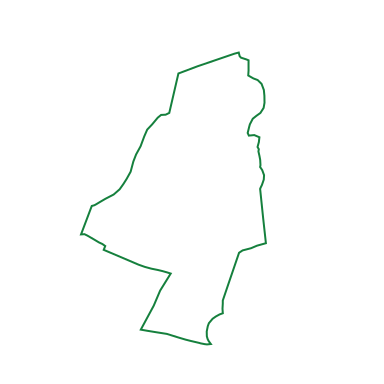 the district of Saensokh, Phnom Penh, Cambodia, rotated 22°
{"feature_id": "14789045B60283384180487", "entity_name": "Saensokh", "entity_type": "district", "adm_level": 2, "iso_a3": "KHM", "parent_name": "Cambodia", "parent_adm1": "Phnom Penh", "projection": "natural_earth1", "projection_center": [104.865, 11.597], "detail": "fine", "context": "isolated", "style": "outline", "palette": "green", "viewbox_px": 384, "rotation_deg": 22, "n_neighbors": 0, "source": "geoboundaries", "source_scale": "gbopen_adm2", "svg_char_len": 1525}
<svg xmlns="http://www.w3.org/2000/svg" viewBox="0 0 384 384"><g transform="rotate(22 192 192)"><path d="M279.7,211.8L267.5,189.1L254.0,163.6L254.0,162.1L254.2,159.3L253.9,153.6L252.5,149.4L248.9,145.4L245.8,143.3L245.4,141.4L243.2,136.7L241.1,133.4L238.4,129.5L237.9,127.3L235.9,125.7L235.3,120.7L234.0,116.0L228.4,115.9L223.6,118.4L221.5,116.4L220.9,112.2L220.6,110.1L220.3,107.6L220.9,101.3L223.2,97.2L225.8,93.1L226.9,87.2L225.8,82.1L223.1,75.7L220.4,70.5L216.0,65.7L210.9,63.6L206.4,63.7L200.5,62.9L198.9,58.1L197.1,53.7L195.1,48.7L192.7,48.7L187.1,49.1L185.3,48.2L183.1,45.2L179.6,47.8L150.0,73.4L135.0,87.2L141.3,127.2L138.6,130.2L134.5,132.1L132.4,135.9L129.7,144.3L127.1,150.9L126.9,158.3L127.2,168.9L126.1,178.1L126.2,185.7L127.5,196.2L126.5,204.3L125.4,210.3L123.9,216.6L120.3,223.7L114.3,230.7L110.9,235.1L107.5,239.6L106.4,240.9L104.3,242.5L105.0,272.9L108.1,271.4L111.2,271.6L118.9,272.7L124.6,273.6L128.4,273.8L131.8,274.6L131.8,278.7L169.7,279.4L176.4,279.1L183.1,278.3L189.5,277.1L194.2,276.4L198.8,275.9L202.8,275.6L199.4,295.3L199.1,311.7L196.3,336.9L196.1,338.8L202.2,337.5L211.5,335.4L221.8,333.0L233.9,332.0L241.2,331.3L246.4,330.6L255.4,329.2L256.7,329.1L258.7,328.7L260.8,328.3L263.0,327.7L266.4,325.9L263.2,323.9L261.5,322.4L259.8,320.2L257.9,315.8L256.9,310.5L256.8,307.3L258.6,301.8L260.8,298.4L263.5,295.1L266.0,292.9L264.0,288.8L262.3,283.8L261.2,281.1L260.4,267.2L258.4,230.7L260.8,227.2L267.8,222.0L272.4,217.4L276.7,214.1L279.7,211.8Z" fill="none" stroke="#15803d" stroke-width="2"/></g></svg>